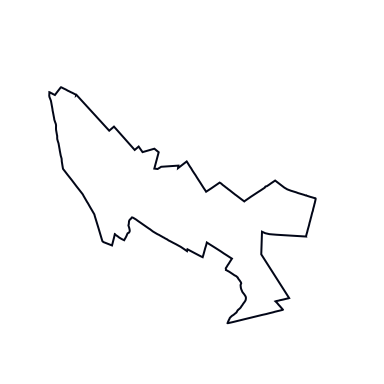 outline of Silistea, Teleorman, Romania, rotated 252°
{"feature_id": "2599482B30575359453223", "entity_name": "Silistea", "entity_type": "district", "adm_level": 2, "iso_a3": "ROU", "parent_name": "Romania", "parent_adm1": "Teleorman", "projection": "orthographic", "projection_center": [25.348, 44.369], "detail": "fine", "context": "isolated", "style": "outline", "palette": "ink", "viewbox_px": 384, "rotation_deg": 252, "n_neighbors": 0, "source": "geoboundaries", "source_scale": "gbopen_adm2", "svg_char_len": 5750}
<svg xmlns="http://www.w3.org/2000/svg" viewBox="0 0 384 384"><g transform="rotate(252 192 192)"><path d="M331.0,87.2L330.1,86.9L329.3,86.6L328.5,86.3L327.7,86.0L327.1,85.9L326.5,85.8L326.2,85.8L324.8,85.9L322.7,86.0L322.2,86.0L319.9,85.7L314.0,84.9L312.5,84.6L310.6,84.4L304.4,83.6L303.4,83.4L301.6,83.4L298.9,83.5L298.0,83.4L297.4,83.3L295.1,82.5L293.8,82.1L293.0,81.9L288.0,81.2L286.9,81.1L286.1,80.8L285.0,80.5L284.1,80.2L283.5,80.2L282.2,80.1L280.9,80.1L279.5,80.1L273.8,79.3L273.0,79.2L272.6,79.1L267.2,78.4L264.1,78.3L262.8,78.0L261.3,77.6L255.5,76.7L254.1,76.5L253.9,76.5L253.5,76.6L251.3,77.4L246.5,79.1L240.9,81.2L238.3,82.1L236.3,82.8L232.8,84.0L229.3,85.3L224.9,86.9L223.5,87.4L221.7,87.7L217.5,88.6L214.7,89.2L213.7,89.5L209.2,90.4L205.6,91.2L201.0,92.2L200.6,92.2L199.0,92.1L192.4,92.0L186.7,91.9L178.8,91.7L174.7,91.6L173.2,91.6L172.9,91.6L172.7,91.7L172.0,92.2L171.7,92.3L171.5,92.6L165.9,99.4L168.7,101.2L172.8,103.8L175.8,105.6L175.6,105.8L175.0,105.9L174.8,106.0L174.5,106.3L173.1,107.4L172.4,107.9L171.3,108.6L170.7,109.1L170.4,109.4L169.1,110.5L167.1,112.6L170.0,115.7L172.3,117.7L172.6,118.0L172.7,118.4L172.7,118.7L172.8,119.2L172.8,119.4L173.6,120.4L174.0,120.6L174.7,120.9L176.1,121.1L177.7,121.2L178.9,121.2L179.5,121.2L179.8,121.2L180.1,121.3L180.9,121.9L181.4,122.1L182.3,122.5L183.3,122.9L183.7,123.1L184.4,123.7L184.9,124.3L185.1,124.7L185.2,125.1L185.5,125.7L185.7,126.0L186.4,126.9L186.3,127.2L186.0,127.7L185.5,128.2L184.6,129.0L184.1,129.4L183.7,129.8L183.2,130.2L182.1,131.0L181.1,131.7L179.3,133.1L176.5,135.2L170.7,139.6L169.5,140.6L166.7,142.5L166.1,143.0L162.8,145.9L162.1,146.6L161.6,147.2L160.9,147.8L158.4,150.1L157.7,150.7L157.4,151.1L156.9,151.5L156.2,152.1L155.5,152.8L155.1,153.2L154.8,153.6L154.5,153.7L154.1,154.1L153.5,154.5L152.9,155.0L152.7,155.3L152.2,155.8L152.0,156.0L151.8,156.2L151.6,156.3L151.3,156.7L149.8,158.1L148.1,159.8L147.3,160.6L144.3,163.4L143.5,164.2L141.1,166.1L137.3,169.0L138.9,170.0L135.9,172.9L133.2,175.5L129.1,179.5L127.9,180.7L126.7,182.0L129.0,183.6L134.2,187.0L137.0,189.0L139.4,190.5L136.7,192.7L134.8,194.3L131.8,196.8L126.7,201.0L123.7,203.3L121.3,205.3L117.1,208.7L116.3,209.4L114.1,206.7L112.4,204.7L111.6,203.6L110.3,202.1L109.7,201.4L109.2,200.7L108.8,200.5L108.6,200.4L107.9,200.4L107.5,200.3L107.3,200.2L107.1,200.5L106.3,201.2L104.5,202.9L103.6,203.6L101.2,205.5L99.6,206.7L98.8,207.6L98.3,208.0L97.9,208.3L97.1,208.7L96.7,209.0L96.4,209.1L96.2,209.0L95.0,209.3L92.8,210.1L92.4,210.2L91.9,210.3L91.3,210.5L91.0,210.6L90.6,210.6L90.3,210.6L90.0,210.6L89.9,210.5L89.7,210.4L88.9,209.7L88.5,209.5L88.0,209.3L86.9,209.1L86.1,208.9L85.6,208.9L85.2,208.8L83.9,208.8L83.2,208.9L81.8,209.0L81.2,209.1L80.8,209.2L80.3,209.4L79.0,209.9L78.4,210.1L77.3,210.4L76.8,210.5L76.5,210.6L76.2,210.7L75.8,210.7L75.4,210.7L75.0,210.6L74.7,210.6L74.0,210.3L73.7,210.2L72.8,209.7L72.4,209.4L72.0,209.0L71.6,208.5L70.9,207.6L70.1,206.4L69.2,205.3L68.7,204.7L68.4,204.3L68.2,203.9L67.8,203.4L67.4,203.0L67.2,202.7L66.9,202.3L66.5,201.5L66.2,200.9L65.9,200.0L65.7,199.5L65.5,199.3L65.3,198.8L64.6,198.0L64.1,197.5L63.9,197.2L63.7,197.1L63.6,196.8L63.5,196.5L63.4,196.4L63.1,195.4L62.7,194.5L62.5,194.0L62.4,193.7L62.2,193.1L62.0,192.3L61.9,191.8L61.5,190.9L60.9,189.7L60.6,189.2L60.4,189.0L60.3,188.8L59.9,188.5L59.6,188.3L59.3,188.0L58.8,187.4L58.3,187.0L57.9,186.6L56.6,185.5L56.3,185.3L56.2,185.4L56.1,186.0L55.7,190.2L54.8,202.5L54.5,206.4L53.7,217.0L53.4,221.0L53.0,224.8L52.8,228.3L52.6,230.8L52.5,232.4L52.5,233.7L52.3,236.3L52.1,238.6L51.9,241.4L51.9,241.8L51.9,242.0L52.0,242.1L53.9,241.3L56.3,240.3L58.0,239.5L59.6,238.9L61.1,238.2L62.2,237.6L62.2,238.0L62.2,238.6L62.1,239.5L62.0,240.1L61.9,241.4L61.9,242.2L61.7,243.9L61.5,245.8L61.3,248.7L61.2,249.8L61.1,250.4L61.1,251.6L94.3,243.0L111.3,238.6L132.6,246.3L130.2,248.9L128.4,251.9L127.9,252.8L125.3,259.0L114.4,286.7L114.6,286.7L114.7,286.8L116.6,288.0L118.5,289.3L120.0,290.2L121.5,291.2L123.9,292.8L125.2,293.6L126.4,294.3L127.7,295.2L130.4,296.9L131.9,297.9L132.9,298.5L135.3,300.0L136.6,301.0L137.8,301.7L138.7,302.2L141.1,303.8L141.8,304.2L142.8,304.8L143.1,305.0L143.6,305.4L144.2,305.7L144.7,306.0L145.3,306.4L146.8,307.2L147.0,307.4L147.2,307.5L147.5,307.5L147.8,307.5L147.9,307.4L148.1,307.2L148.4,306.6L148.8,306.0L149.5,305.0L149.9,304.4L150.9,302.9L152.7,300.4L153.0,300.0L153.1,299.9L153.3,299.7L153.5,299.6L153.5,299.4L153.5,299.2L153.8,298.8L154.6,297.8L157.9,293.0L158.4,292.3L159.4,291.1L162.7,286.4L163.9,284.9L165.1,283.4L165.7,282.9L167.6,281.2L177.2,274.6L176.7,272.9L175.7,269.4L175.2,267.9L174.7,266.1L174.4,265.0L174.4,264.7L174.5,263.9L174.5,263.6L174.4,263.4L174.3,263.2L174.0,263.0L173.7,262.6L173.6,262.4L173.1,260.6L172.2,257.4L171.7,255.4L169.3,246.6L168.6,244.3L167.6,240.9L167.1,239.3L167.0,239.0L166.9,238.8L170.3,236.4L172.9,234.6L175.2,233.0L176.4,232.1L177.5,231.4L178.2,230.9L181.7,228.6L182.3,228.2L183.2,227.5L184.9,226.4L186.3,225.4L187.4,224.7L188.1,224.2L188.9,223.6L189.4,223.3L189.9,223.0L190.3,222.8L190.6,222.6L191.0,222.4L191.6,221.9L192.4,221.2L189.5,211.4L187.9,205.5L189.2,205.2L192.7,204.2L198.6,202.7L201.5,201.9L204.2,201.2L207.1,200.5L209.1,199.9L212.4,199.0L214.8,198.5L216.7,197.9L220.4,197.0L222.4,196.5L222.7,196.4L219.0,186.1L221.3,187.2L225.5,170.5L224.5,166.4L225.9,163.4L240.1,172.6L244.8,169.6L245.2,157.3L251.7,155.3L249.7,150.5L278.3,138.0L275.9,132.2L320.1,112.1L320.0,111.9L319.9,111.7L320.1,111.8L320.2,111.7L320.3,111.7L320.9,111.2L321.8,110.3L322.8,109.3L323.5,108.6L324.3,107.7L325.4,106.6L326.2,105.8L326.7,105.2L327.5,104.5L328.4,103.7L330.0,102.0L330.9,101.1L331.6,100.4L332.1,99.8L332.1,99.6L328.3,94.0L326.6,91.6L327.7,90.5L327.9,90.3L328.4,89.7L329.0,89.3L329.4,88.8L330.8,87.5L331.0,87.2Z" fill="none" stroke="#020617" stroke-width="2"/></g></svg>